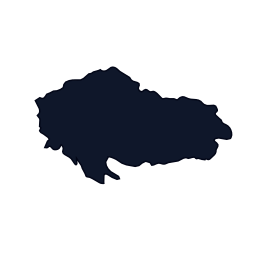 SVG path tracing the border of Phôngsali, rotated 120°
{"feature_id": "LAO-3291", "entity_name": "Phôngsali", "entity_type": "Province", "adm_level": 1, "iso_a3": "LAO", "parent_name": "Laos", "parent_adm1": "", "projection": "equal_earth", "projection_center": [102.249, 21.683], "detail": "fine", "context": "isolated", "style": "filled", "palette": "ink", "viewbox_px": 256, "rotation_deg": 120, "n_neighbors": 0, "source": "natural_earth", "source_scale": "10m", "svg_char_len": 2856}
<svg xmlns="http://www.w3.org/2000/svg" viewBox="0 0 256 256"><g transform="rotate(120 128 128)"><path d="M85.5,34.1L85.9,34.2L88.4,36.9L91.2,44.5L93.4,47.1L95.5,47.6L96.3,46.1L96.7,43.8L97.6,41.8L99.1,41.1L102.8,40.9L104.7,40.0L106.4,39.7L108.1,39.9L113.4,41.5L114.2,41.8L115.0,42.5L115.4,43.5L115.5,44.5L116.1,45.5L117.0,45.5L117.6,47.1L118.1,48.2L119.0,51.8L119.2,52.3L120.0,53.0L120.3,53.5L120.3,54.1L120.0,55.5L120.1,56.2L121.4,57.9L122.8,59.2L124.1,60.7L124.6,63.0L126.3,64.9L131.4,68.2L137.6,75.7L140.3,77.8L141.1,78.7L141.7,79.9L142.5,82.8L143.1,84.1L144.9,85.8L147.0,87.3L148.3,88.8L147.6,90.2L147.3,90.6L147.1,90.9L147.0,91.3L146.9,91.8L147.9,96.1L151.2,98.3L155.0,99.8L157.6,102.6L160.6,111.0L161.4,115.7L161.0,122.5L161.2,125.1L161.6,127.7L162.1,129.5L162.8,130.7L163.0,130.9L163.4,130.6L167.9,130.5L168.8,130.3L171.5,128.0L173.4,124.9L174.5,121.2L174.7,112.0L176.2,110.1L177.9,111.9L178.6,117.1L178.4,121.7L178.6,123.9L179.7,125.3L181.2,125.2L187.4,121.8L187.9,121.3L188.3,121.6L189.0,123.1L189.4,124.3L189.5,125.7L189.5,133.6L189.7,136.4L190.6,138.9L190.7,139.2L190.7,139.6L190.7,139.9L190.6,140.2L188.9,142.3L185.7,147.4L183.8,149.5L179.9,157.5L181.2,156.8L183.0,155.4L184.6,154.4L185.8,154.7L185.7,156.0L182.9,161.8L182.5,164.2L182.5,169.5L182.2,171.4L181.1,172.7L178.2,173.7L176.8,175.0L175.8,177.2L176.5,177.7L178.1,177.5L180.0,177.6L181.3,178.2L182.4,179.2L183.3,180.5L183.7,181.8L183.6,182.9L182.8,185.2L182.8,186.3L183.4,187.5L184.0,187.7L184.7,187.7L185.6,188.4L186.5,190.3L179.6,191.1L178.2,190.5L176.9,190.6L176.0,192.7L175.4,198.2L175.4,201.2L174.6,203.1L172.1,203.4L171.3,203.7L171.0,204.6L170.9,205.3L165.1,208.2L163.9,209.2L162.5,212.7L159.6,212.1L157.5,212.8L155.6,214.3L150.6,221.9L145.9,219.5L145.5,217.3L144.5,215.9L142.0,215.3L139.4,215.2L136.6,213.0L133.4,211.0L131.3,208.0L128.3,205.6L125.4,204.2L122.4,205.2L119.5,204.9L116.6,202.7L114.1,199.8L110.1,193.0L107.4,191.2L100.7,188.9L99.8,187.7L98.4,186.6L96.9,186.0L93.0,182.2L91.4,181.1L91.5,180.8L91.6,179.6L91.3,178.1L90.6,176.9L89.7,175.8L88.6,175.0L84.1,172.9L82.9,171.5L82.3,169.6L82.3,167.6L83.2,163.3L83.5,151.9L84.8,149.4L85.1,147.3L84.0,142.6L84.1,140.7L85.4,139.7L87.3,139.4L89.0,138.7L90.1,136.7L89.9,134.4L88.7,133.5L87.1,132.9L85.8,131.8L85.5,130.6L85.8,128.1L85.7,127.0L85.2,126.1L83.8,124.5L83.5,123.8L83.4,122.1L83.7,120.0L85.5,113.6L85.4,112.4L83.3,110.0L82.9,109.2L81.8,106.3L79.8,102.9L79.6,102.0L79.5,101.1L79.4,100.2L78.8,99.2L75.7,98.1L73.9,96.6L73.1,95.0L72.5,90.4L71.8,88.0L69.5,83.2L68.7,80.8L68.6,78.3L69.2,76.3L69.7,74.0L69.2,71.0L68.1,69.0L65.5,65.0L65.3,63.0L66.7,60.9L67.4,60.0L68.3,59.4L69.4,59.4L70.4,59.8L71.5,60.0L72.6,59.3L73.1,58.4L74.2,53.7L74.5,51.8L74.6,51.3L76.1,49.4L76.3,49.3L76.5,47.0L76.3,44.7L76.4,42.4L77.2,39.9L78.4,38.0L80.2,36.1L82.3,34.7L84.7,34.1L85.5,34.1Z" fill="#0f172a" stroke="#020617" stroke-width="1.5"/></g></svg>